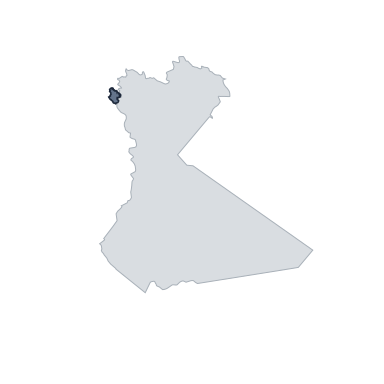 location of Kadiolo, Sikasso, Mali, rotated 130°
{"feature_id": "8926073B46210070398927", "entity_name": "Kadiolo", "entity_type": "district", "adm_level": 2, "iso_a3": "MLI", "parent_name": "Mali", "parent_adm1": "Sikasso", "projection": "equal_earth", "projection_center": [-5.916, 10.605], "detail": "fine", "context": "in_parent", "style": "filled", "palette": "slate", "viewbox_px": 384, "rotation_deg": 130, "n_neighbors": 0, "source": "geoboundaries", "source_scale": "gbopen_adm2", "svg_char_len": 6852}
<svg xmlns="http://www.w3.org/2000/svg" viewBox="0 0 384 384"><g transform="rotate(130 192 192)"><path d="M95.3,281.7L95.4,280.4L94.5,279.4L94.5,279.0L95.0,275.1L95.0,274.1L95.4,272.2L94.8,271.3L94.7,270.6L93.3,268.1L92.9,266.0L92.2,264.6L90.6,264.1L90.0,265.3L89.6,265.5L89.0,264.7L88.8,263.9L88.8,263.3L86.7,259.9L86.9,258.1L87.7,257.2L88.0,255.6L87.2,253.9L87.4,252.2L87.3,249.8L86.1,247.7L85.3,246.8L84.6,245.3L85.2,242.0L84.0,239.1L86.3,240.3L87.4,239.2L88.4,237.8L89.3,235.8L89.8,233.5L90.0,231.4L90.9,228.3L92.0,226.7L94.3,224.5L94.9,224.7L98.6,229.4L100.7,231.8L101.5,233.1L102.2,233.1L103.3,230.8L104.4,228.8L104.8,228.3L108.6,228.0L110.5,228.4L112.3,229.0L114.7,229.2L121.2,227.7L121.3,226.7L121.2,225.6L121.5,224.8L122.0,224.0L122.5,223.8L122.7,226.5L123.2,226.9L124.8,227.0L172.8,227.0L174.8,213.2L171.3,208.1L158.9,62.1L181.4,62.1L185.3,65.4L258.6,129.0L259.0,131.1L259.0,134.0L259.6,134.8L260.6,135.8L264.8,138.5L265.1,139.0L265.3,140.2L265.8,141.6L266.7,142.4L267.8,143.0L269.0,143.4L272.8,143.8L273.6,144.5L275.3,147.0L276.1,147.5L281.2,148.9L282.9,149.6L284.7,150.8L285.7,151.8L285.7,155.8L286.5,158.4L286.5,159.1L285.7,160.1L285.5,160.9L284.6,163.0L284.8,163.8L286.6,165.3L287.5,165.8L288.5,165.8L299.2,163.1L300.0,200.6L299.6,201.2L299.5,207.9L298.8,211.8L297.4,214.7L296.6,219.1L296.1,220.0L295.8,222.4L295.0,223.9L293.6,224.4L291.2,227.2L291.0,229.5L285.1,228.2L284.7,228.3L284.5,228.6L284.4,229.7L269.4,230.4L262.1,231.0L257.5,236.1L254.5,236.6L250.8,236.1L248.9,236.1L248.1,236.4L248.0,237.3L242.0,234.7L239.8,235.5L239.4,235.3L239.1,234.7L238.1,234.4L236.4,234.5L235.1,234.9L231.4,238.9L229.3,240.0L225.6,242.4L222.9,244.4L222.0,244.8L220.5,244.9L219.3,245.4L218.2,250.0L217.5,250.4L212.9,248.6L212.0,248.9L211.2,249.4L208.7,252.1L207.5,254.3L206.8,257.2L206.9,259.1L206.5,259.6L205.4,259.8L203.2,259.2L202.6,259.5L202.3,260.9L202.4,264.0L201.9,266.2L200.7,266.8L199.7,267.6L198.9,267.9L198.3,267.7L194.6,264.5L193.4,264.0L192.0,264.4L190.7,265.7L188.4,269.0L188.6,270.2L189.3,271.6L189.8,273.3L189.8,274.8L186.4,276.9L187.2,278.5L187.1,282.9L185.6,284.9L185.0,286.1L183.5,287.5L182.2,288.3L178.2,289.4L176.5,290.8L175.8,291.9L175.6,293.1L175.8,294.5L176.6,297.4L176.3,300.0L175.6,303.0L175.0,304.3L173.1,305.9L173.4,307.9L173.6,310.7L173.3,314.4L172.7,316.9L172.3,316.6L170.4,316.7L168.4,317.5L167.8,318.1L167.6,319.0L165.9,321.0L164.8,320.9L163.8,320.3L163.2,319.8L163.2,319.5L163.8,317.9L163.9,317.3L163.2,314.5L163.3,313.8L163.1,311.7L162.9,311.6L160.8,312.5L160.7,312.9L161.0,314.3L160.8,314.5L160.0,314.5L158.9,314.0L157.7,312.8L157.4,313.2L157.3,314.2L157.2,315.3L157.5,317.5L157.2,318.2L155.4,318.1L153.8,318.4L153.4,319.1L153.3,320.0L153.6,320.9L153.6,321.3L152.9,321.9L152.6,321.9L151.8,320.8L148.3,319.8L148.1,318.4L147.7,318.4L146.6,316.6L146.1,316.7L145.7,317.0L144.4,316.8L143.2,318.4L142.4,320.2L141.4,321.1L140.0,321.6L140.3,320.4L139.8,318.7L136.9,316.7L136.4,315.8L135.6,311.1L135.7,309.7L135.9,308.5L135.8,307.5L135.5,306.8L134.6,306.1L133.7,305.8L132.5,306.7L131.9,306.9L131.4,306.8L131.1,306.5L131.2,306.0L132.5,303.5L133.1,302.5L134.3,301.2L134.7,300.6L134.7,300.1L134.6,299.8L133.7,299.3L132.5,298.1L131.8,298.0L131.2,297.5L130.6,295.7L130.3,295.3L129.7,295.1L129.1,294.7L129.2,290.2L127.9,286.9L126.8,282.7L126.3,281.7L125.2,280.9L124.0,280.3L122.9,280.2L121.6,280.6L121.6,281.0L122.3,282.4L122.4,283.1L122.3,283.9L122.1,284.3L120.4,284.8L118.1,286.3L117.4,288.1L116.8,288.3L116.0,288.1L110.0,285.1L107.5,286.4L105.8,289.0L105.4,289.9L104.6,290.7L104.2,290.7L103.8,290.2L102.1,286.2L101.3,285.2L100.4,285.2L99.6,285.8L98.7,287.2L97.6,288.4L97.0,288.8L96.4,288.6L93.9,285.9L93.8,285.3L94.9,282.2L95.3,281.7Z" fill="#d9dde1" stroke="#a8b0b8" stroke-width="1"/><path d="M173.1,307.2L173.0,307.3L173.0,307.6L172.8,307.5L172.5,307.3L172.3,307.2L172.2,307.0L172.0,306.9L171.8,306.7L171.7,306.6L171.4,306.4L171.2,306.3L170.4,306.4L169.4,306.7L169.2,306.8L169.1,307.1L169.1,307.5L169.0,307.9L169.2,308.2L169.2,308.8L168.9,309.2L168.6,309.2L168.4,309.6L168.1,309.8L168.1,309.5L168.2,309.4L168.1,309.1L167.9,309.1L167.7,309.1L167.6,309.3L167.6,309.5L167.3,309.6L167.2,309.5L167.3,309.4L167.2,309.3L166.9,309.4L166.7,309.3L166.7,309.1L166.6,308.9L166.3,308.9L166.2,308.7L166.1,308.8L165.9,308.6L165.9,308.3L165.7,308.3L165.5,308.2L165.3,308.3L165.2,308.2L165.1,308.4L165.2,308.5L165.0,308.9L164.9,309.1L164.7,308.8L164.5,309.0L164.4,309.0L164.3,308.9L164.3,309.0L164.2,308.9L164.2,308.7L163.9,308.7L163.8,308.8L163.7,309.0L163.8,309.2L163.8,309.3L163.7,309.3L163.6,309.5L163.4,309.5L163.5,309.8L163.6,309.7L163.7,309.8L163.8,310.2L163.7,310.3L163.3,310.3L163.3,310.2L163.2,310.2L163.1,310.5L163.3,310.7L163.4,310.8L163.5,310.9L163.4,310.9L163.3,311.1L163.1,311.2L163.1,311.3L163.3,311.5L163.5,311.6L163.5,311.8L163.4,311.9L163.4,312.0L163.4,312.3L163.3,312.5L163.3,312.8L163.5,312.9L163.6,313.0L163.8,313.2L164.0,313.2L163.9,313.3L163.5,313.4L163.5,313.5L163.4,313.5L163.5,313.8L163.4,313.9L163.5,313.9L163.6,314.0L163.6,314.3L163.5,314.5L163.4,314.6L163.2,314.8L163.1,315.0L163.1,315.3L163.3,315.4L163.5,315.2L163.6,315.3L163.7,315.6L163.8,315.7L164.0,315.7L164.2,315.8L164.1,316.0L163.9,316.1L163.9,316.3L163.9,316.6L164.0,316.7L164.0,316.8L164.3,317.1L164.2,317.2L164.0,317.3L164.0,317.5L163.9,317.5L164.0,317.7L164.0,317.8L164.2,318.0L163.9,318.3L163.8,318.6L164.0,318.8L163.9,318.8L163.9,319.1L163.8,318.9L163.7,318.9L163.5,319.0L163.3,319.0L163.3,319.3L163.5,319.4L163.5,319.7L163.5,319.8L163.7,320.0L163.7,319.9L163.8,319.9L163.9,320.0L163.8,320.3L164.0,320.5L164.3,320.6L164.5,320.7L164.6,320.8L165.1,320.8L165.3,320.9L165.5,320.9L165.8,320.9L165.9,321.0L166.0,321.0L166.3,321.1L166.5,321.0L166.6,320.9L166.7,320.7L166.9,320.5L167.0,320.1L167.0,319.8L167.0,319.6L167.3,319.6L167.6,319.8L167.9,319.8L168.0,319.6L167.9,319.4L167.9,319.2L168.1,319.0L168.1,318.9L168.1,318.6L168.1,318.3L168.1,318.2L168.2,317.9L168.3,317.9L168.5,317.8L168.6,317.7L168.8,317.4L168.9,317.2L169.0,317.1L169.2,316.9L169.3,316.8L169.4,316.7L169.5,316.8L169.8,316.9L170.0,316.9L170.3,316.9L170.5,316.7L170.8,316.4L171.0,316.2L171.2,316.4L171.3,316.4L171.4,316.5L171.5,316.6L171.9,316.5L172.0,316.5L172.1,316.4L172.3,316.4L172.3,316.5L172.5,316.7L172.6,316.8L172.8,316.9L173.0,316.5L173.0,316.4L172.9,316.4L173.0,316.3L173.0,316.2L173.1,315.8L173.1,315.7L173.3,315.5L173.3,315.4L173.3,315.2L173.4,314.9L173.6,314.6L173.5,314.4L173.5,314.2L173.6,313.8L173.4,313.7L173.3,313.4L173.5,313.3L173.5,313.1L173.5,312.7L173.5,312.1L173.5,311.9L173.5,311.7L173.5,311.4L173.6,311.2L173.4,311.0L173.4,310.9L173.5,310.9L173.8,310.8L173.9,310.7L174.0,310.4L174.0,310.2L174.1,309.9L174.2,309.7L174.3,309.5L174.3,309.4L174.2,309.1L174.1,308.9L173.9,308.8L173.8,308.7L173.7,308.6L173.7,308.4L173.7,308.0L173.6,307.8L173.6,307.7L173.6,307.4L173.6,307.2L173.3,307.1L173.2,307.2L173.1,307.2Z" fill="#64748b" stroke="#1e293b" stroke-width="1.5"/></g></svg>